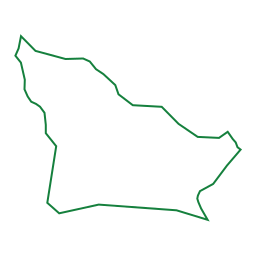 outline of Maribor
{"feature_id": "SVN-256", "entity_name": "Maribor", "entity_type": "Municipality", "adm_level": 1, "iso_a3": "SVN", "parent_name": "Slovenia", "parent_adm1": "", "projection": "orthographic", "projection_center": [15.629, 46.576], "detail": "fine", "context": "isolated", "style": "outline", "palette": "green", "viewbox_px": 256, "rotation_deg": 0, "n_neighbors": 0, "source": "natural_earth", "source_scale": "10m", "svg_char_len": 628}
<svg xmlns="http://www.w3.org/2000/svg" viewBox="0 0 256 256"><path d="M15.4,55.7L18.6,48.4L21.0,36.2L35.5,50.9L65.5,59.0L83.1,58.5L89.8,61.5L96.0,69.2L103.4,74.1L115.3,85.1L118.5,94.3L132.8,105.2L161.7,106.8L178.6,123.9L197.7,136.9L219.0,137.9L227.7,131.8L232.8,139.1L235.7,142.4L237.5,147.2L240.6,149.6L227.0,165.5L213.2,183.9L200.0,191.1L197.9,195.6L197.3,198.6L198.4,202.2L201.1,208.5L207.6,219.8L176.5,210.3L98.7,204.6L59.2,213.3L47.3,202.8L56.2,146.2L45.8,133.2L45.8,124.9L44.5,112.8L40.0,106.7L36.0,103.9L31.2,101.7L27.7,96.5L24.5,89.3L24.8,79.7L20.9,62.6L15.4,55.7Z" fill="none" stroke="#15803d" stroke-width="2"/></svg>